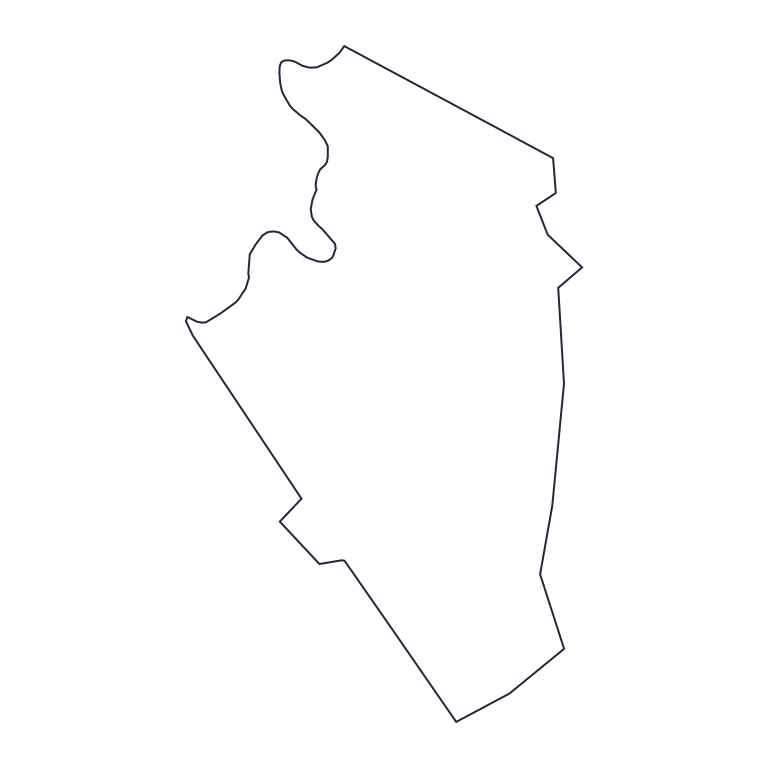 Jackson, West Virginia, United States of America
{"feature_id": "52423323B94363624376264", "entity_name": "Jackson", "entity_type": "district", "adm_level": 2, "iso_a3": "USA", "parent_name": "United States of America", "parent_adm1": "West Virginia", "projection": "orthographic", "projection_center": [-81.764, 38.825], "detail": "fine", "context": "isolated", "style": "outline", "palette": "slate", "viewbox_px": 768, "rotation_deg": 0, "n_neighbors": 0, "source": "geoboundaries", "source_scale": "gbopen_adm2", "svg_char_len": 1237}
<svg xmlns="http://www.w3.org/2000/svg" viewBox="0 0 768 768"><path d="M319.4,564.0L341.8,560.3L344.6,560.8L394.1,632.0L456.2,721.9L509.5,693.5L564.1,648.8L540.1,574.3L552.3,505.6L564.0,383.7L558.2,287.8L582.1,267.4L547.7,234.7L536.4,205.9L555.8,193.0L553.1,158.2L505.2,132.4L344.3,46.1L339.3,53.0L331.2,60.2L327.2,62.8L316.8,67.3L311.1,67.7L307.1,67.1L302.1,65.6L294.9,61.7L290.2,60.4L285.5,60.3L282.8,61.2L281.1,62.7L279.7,66.2L279.4,73.4L280.2,82.9L281.8,90.8L284.4,96.3L289.9,105.7L292.8,109.0L299.6,114.8L306.2,119.5L319.4,132.5L324.9,140.3L327.8,146.2L327.8,157.0L326.9,162.0L324.9,165.1L320.3,169.2L318.3,173.1L316.8,177.6L315.7,183.8L315.9,187.7L316.6,189.3L312.6,199.3L310.7,209.1L311.0,210.7L311.8,216.5L313.6,220.4L318.4,225.7L322.5,229.3L334.9,243.8L335.7,248.3L333.4,255.3L331.9,257.9L329.3,260.0L325.9,261.5L322.4,261.8L318.2,261.5L311.3,259.2L307.0,257.5L299.5,252.4L296.6,249.6L287.1,237.6L279.2,232.5L273.9,231.4L268.7,231.9L266.5,232.8L262.4,235.6L256.1,243.8L249.8,254.2L248.3,273.7L249.0,277.5L245.7,288.4L238.6,299.2L235.7,302.4L220.2,313.6L206.2,322.2L202.7,322.7L197.2,321.8L187.4,317.0L185.9,321.2L193.0,335.9L262.7,440.5L301.5,498.7L279.8,521.6L319.4,564.0Z" fill="none" stroke="#1e293b" stroke-width="2"/></svg>